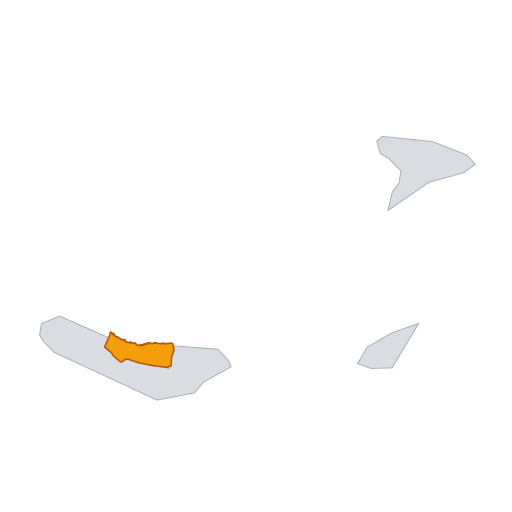 Oichili-Dimani, Andjazîdja, Comoros shown in context, rotated 291°
{"feature_id": "10938185B16841428111903", "entity_name": "Oichili-Dimani", "entity_type": "district", "adm_level": 2, "iso_a3": "COM", "parent_name": "Comoros", "parent_adm1": "Andjazîdja", "projection": "equal_earth", "projection_center": [43.406, -11.657], "detail": "fine", "context": "in_parent", "style": "filled", "palette": "amber", "viewbox_px": 512, "rotation_deg": 291, "n_neighbors": 0, "source": "geoboundaries", "source_scale": "gbopen_adm2", "svg_char_len": 4801}
<svg xmlns="http://www.w3.org/2000/svg" viewBox="0 0 512 512"><g transform="rotate(291 256 256)"><path d="M148.6,267.7L143.6,272.4L119.7,252.3L106.1,247.5L86.0,215.1L93.7,102.4L100.1,88.0L104.9,82.1L116.0,80.0L129.5,94.1L126.0,166.5L143.8,215.3L155.3,253.9L148.6,267.7ZM412.9,331.1L426.0,379.7L425.8,416.3L420.2,427.9L408.5,420.4L387.0,391.2L345.8,362.8L364.7,360.4L375.7,363.4L387.4,360.7L394.7,344.7L396.2,335.2L406.5,327.6L412.9,331.1ZM233.0,410.5L251.4,432.0L200.3,423.1L192.3,403.7L191.9,389.4L210.9,392.5L233.0,410.5Z" fill="#d9dde1" stroke="#a8b0b8" stroke-width="1"/><path d="M116.8,147.2L113.9,155.6L111.6,158.9L108.5,167.5L110.1,169.7L112.1,170.5L113.8,173.3L114.2,184.5L116.5,197.8L120.3,214.1L120.6,213.8L121.1,213.8L121.3,213.9L121.9,214.3L122.1,214.5L122.3,215.1L122.5,215.6L122.6,216.1L131.6,213.4L132.3,213.4L132.5,213.3L132.8,213.3L134.3,213.5L134.7,213.5L135.6,213.2L136.0,213.2L136.7,213.0L136.9,213.0L137.4,213.4L138.9,213.2L139.4,213.0L139.7,212.7L139.9,212.3L140.1,212.1L140.3,212.0L140.7,212.1L141.2,211.7L141.5,211.5L143.7,210.1L144.5,209.3L144.5,209.2L144.4,208.8L144.3,208.7L144.2,208.4L144.0,207.2L143.8,207.1L143.9,206.9L143.8,206.7L143.8,206.8L143.7,206.8L143.5,206.4L143.4,206.4L143.2,206.1L143.1,205.9L142.8,205.7L142.8,205.4L142.9,205.1L142.7,204.9L142.7,204.7L142.1,204.0L142.1,203.9L141.9,203.8L141.8,203.5L141.6,203.4L141.6,203.5L141.4,203.3L141.4,202.9L141.5,202.6L141.5,202.4L141.7,202.0L141.6,201.9L141.6,201.5L141.6,201.2L141.4,200.3L141.0,199.9L140.8,199.9L140.6,199.8L140.6,199.6L140.4,199.5L140.4,199.4L140.1,199.5L139.9,199.2L139.9,198.9L139.9,198.4L139.8,197.4L139.7,197.2L139.6,196.9L139.5,196.7L139.4,196.5L139.4,196.2L139.2,196.0L139.1,195.6L138.9,194.8L138.9,194.4L139.0,194.2L139.2,193.9L139.1,193.7L139.2,193.4L139.1,193.2L138.9,192.9L138.7,192.9L138.7,192.5L138.7,192.4L138.6,192.1L138.4,192.2L138.3,191.8L138.2,191.8L137.9,191.8L137.9,191.7L137.6,191.3L137.5,191.2L137.4,191.2L137.2,191.0L137.1,190.9L137.1,190.6L136.8,190.1L136.7,189.8L136.9,189.4L136.8,189.1L136.9,188.7L137.0,188.2L136.9,188.0L136.9,187.9L136.6,187.6L136.6,187.4L136.4,187.4L136.4,187.2L136.3,186.9L136.3,186.6L136.1,186.4L136.0,186.5L136.0,186.4L135.4,186.3L135.3,186.2L135.1,186.1L135.1,185.7L134.8,185.5L134.7,185.5L134.7,185.3L134.6,185.2L134.8,185.0L134.7,185.0L134.6,184.8L134.5,184.7L134.5,184.4L134.4,184.3L134.2,183.9L133.7,184.1L133.6,183.8L133.6,183.6L133.5,183.4L133.6,183.2L133.4,183.2L133.4,182.9L133.1,182.9L133.0,182.5L132.7,182.8L132.3,182.6L132.2,182.7L132.0,182.3L132.2,182.2L132.1,181.6L132.1,181.4L132.0,181.5L131.8,181.3L131.8,181.2L131.8,180.9L131.7,181.0L131.7,180.8L131.4,180.9L131.3,180.7L131.2,180.7L131.2,180.4L131.3,180.2L131.4,179.8L131.2,179.8L131.2,179.7L131.3,179.7L131.2,179.5L130.9,178.9L130.6,178.7L130.5,179.0L130.4,178.9L130.5,178.5L130.5,178.3L130.6,178.1L130.5,177.9L130.5,177.7L130.2,177.4L130.4,177.0L130.4,176.8L130.3,176.6L130.3,176.4L130.5,176.4L130.6,176.2L130.7,175.9L130.5,175.7L130.8,175.3L130.9,175.2L131.1,175.1L131.3,175.0L131.2,174.9L131.3,174.7L131.5,174.4L131.4,174.3L131.3,174.0L131.2,173.9L131.1,173.6L131.0,173.4L130.9,173.0L130.7,173.0L130.7,172.6L130.6,172.1L130.2,171.8L130.2,171.6L130.2,171.3L130.4,171.2L130.3,170.8L130.3,170.5L130.2,170.4L130.3,170.3L130.2,170.3L130.2,170.2L130.0,169.8L130.1,169.7L129.9,169.7L129.9,169.4L129.9,169.2L129.8,168.9L129.9,168.7L129.7,168.1L129.5,167.7L129.6,167.3L129.5,167.2L129.5,166.9L129.3,166.9L129.3,166.6L129.2,166.2L129.0,165.8L129.0,165.7L129.2,165.4L129.4,165.2L129.3,164.8L129.5,164.6L129.9,164.4L130.3,164.3L130.4,164.2L130.5,163.8L130.5,163.6L130.8,163.5L130.8,163.3L130.8,163.2L130.5,163.3L130.7,163.1L130.7,162.8L130.4,162.7L130.2,162.7L130.2,162.4L130.2,162.2L130.2,161.9L130.1,162.0L130.1,161.9L130.3,161.9L130.2,161.7L129.9,161.6L129.9,161.0L129.8,160.7L130.0,160.3L130.0,160.2L130.0,159.7L129.9,159.6L129.9,159.3L130.0,159.2L129.9,159.1L130.0,158.9L130.1,158.6L130.1,158.1L130.1,157.8L130.3,157.5L130.5,157.3L130.4,157.1L130.5,156.9L130.5,156.6L130.4,156.4L130.5,156.3L130.4,156.2L130.5,156.1L130.4,155.9L130.5,155.9L130.6,155.7L130.8,155.6L130.7,155.5L130.6,155.4L130.7,155.2L130.8,155.2L130.7,155.0L130.9,155.0L130.9,154.8L130.8,154.7L130.7,154.6L130.7,154.4L130.6,154.2L130.7,153.9L130.8,153.8L130.7,153.6L130.9,153.2L130.8,152.9L130.9,152.7L130.8,152.4L131.1,151.8L131.0,151.7L131.3,151.5L131.4,151.4L131.6,151.4L131.8,151.4L131.9,151.5L132.0,151.3L132.0,151.2L132.1,151.3L132.1,151.2L132.3,151.0L132.2,151.0L132.3,150.9L132.2,150.9L132.3,150.8L132.3,150.7L132.1,150.4L132.2,150.2L132.2,149.9L132.3,149.7L132.1,149.4L132.1,149.0L132.3,148.9L132.5,148.6L132.5,148.4L132.4,148.3L132.6,148.1L132.8,148.1L132.7,147.8L132.8,147.7L132.7,147.6L132.6,147.4L128.5,147.9L127.3,147.6L121.7,147.5L116.8,147.2Z" fill="#f59e0b" stroke="#b45309" stroke-width="1.5"/></g></svg>